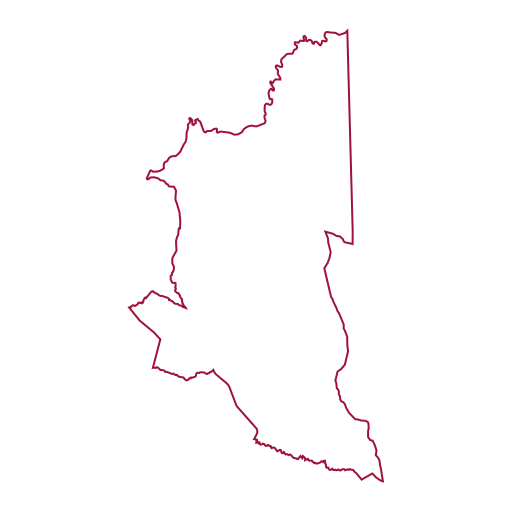 Palpalá, Jujuy, Argentina
{"feature_id": "61730980B21987921647817", "entity_name": "Palpalá", "entity_type": "district", "adm_level": 2, "iso_a3": "ARG", "parent_name": "Argentina", "parent_adm1": "Jujuy", "projection": "natural_earth1", "projection_center": [-65.169, -24.19], "detail": "fine", "context": "isolated", "style": "outline", "palette": "rose", "viewbox_px": 512, "rotation_deg": 0, "n_neighbors": 0, "source": "geoboundaries", "source_scale": "gbopen_adm2", "svg_char_len": 6037}
<svg xmlns="http://www.w3.org/2000/svg" viewBox="0 0 512 512"><path d="M382.9,481.3L380.9,468.6L379.9,464.9L379.8,462.6L379.3,460.2L378.2,457.9L375.8,455.2L376.5,450.6L375.5,447.2L374.1,443.6L372.6,440.7L370.1,440.0L368.1,437.1L368.1,430.6L368.7,428.9L368.5,423.7L367.7,421.9L365.4,420.8L361.1,420.5L357.8,419.4L355.2,419.2L349.0,412.8L346.1,407.7L345.0,404.5L343.5,402.3L341.3,401.3L340.2,399.4L340.1,396.9L338.8,394.0L338.9,391.5L338.4,390.0L336.8,388.2L336.3,383.1L335.4,380.6L337.5,371.7L341.1,369.1L344.9,364.6L348.1,351.0L347.3,345.2L347.2,336.8L345.0,330.9L343.7,328.5L343.7,324.5L339.1,313.3L337.4,310.9L336.6,308.4L333.2,301.3L332.5,299.1L331.0,296.6L324.3,268.3L327.6,263.0L329.4,258.3L330.7,252.3L328.2,242.3L328.0,238.5L325.4,231.7L333.1,233.8L336.4,235.9L339.8,236.4L342.8,239.0L343.8,241.5L345.3,242.4L352.6,244.0L352.7,231.5L347.3,30.7L345.0,33.0L339.6,34.8L338.4,34.6L335.7,32.9L329.4,32.4L328.1,32.0L326.0,32.2L325.2,33.1L324.4,35.3L325.1,37.5L326.7,39.2L326.6,40.9L325.8,41.5L323.2,40.8L322.2,41.0L321.9,42.6L320.8,45.0L320.2,45.4L319.7,45.2L318.3,43.2L316.5,41.7L314.4,41.9L314.0,42.4L314.0,43.6L313.5,43.8L312.5,43.3L311.6,40.9L310.4,40.0L309.0,39.9L307.3,41.2L306.4,41.1L306.0,37.7L305.2,36.4L304.5,35.9L303.7,36.3L303.4,37.6L304.2,40.1L303.9,40.9L302.5,41.0L300.7,40.5L299.9,40.9L298.4,42.7L295.3,42.2L294.8,42.4L294.8,44.2L296.9,46.0L297.2,47.6L296.1,49.1L294.0,50.0L293.0,52.6L292.3,53.7L287.9,53.8L286.8,54.2L281.5,59.2L281.0,61.6L282.3,65.3L282.0,66.8L280.2,66.9L277.3,65.4L275.9,65.8L275.8,67.1L276.8,69.1L277.4,69.5L278.0,70.5L277.8,74.1L280.0,77.3L280.4,78.5L280.4,79.5L275.5,79.4L274.1,80.6L272.6,83.2L271.8,82.9L270.8,81.5L270.3,81.8L270.3,83.0L273.8,88.3L274.0,89.2L274.0,90.1L273.5,90.6L272.5,90.2L271.5,88.8L270.5,89.1L269.4,90.3L268.6,92.6L268.7,94.7L269.4,97.9L270.1,99.2L271.6,99.1L272.2,99.4L272.3,102.3L271.6,103.9L270.7,104.7L269.5,104.8L267.6,103.8L266.5,103.7L265.7,104.1L265.0,105.1L264.6,107.6L264.7,111.6L265.6,113.4L265.7,114.4L265.5,114.9L264.5,115.6L264.6,118.3L265.4,120.3L265.5,121.4L265.1,122.7L264.3,123.4L256.6,126.4L254.4,126.2L251.7,125.6L248.7,126.2L246.1,127.4L243.8,129.2L241.8,132.3L238.1,134.3L235.1,134.7L233.6,134.4L230.2,132.8L222.9,131.8L220.5,131.6L217.5,132.7L216.9,132.1L217.0,129.2L216.3,128.6L214.2,128.9L211.1,130.9L206.7,131.2L205.8,132.3L205.0,132.4L203.6,131.0L200.4,122.1L199.6,121.1L198.3,120.4L197.7,119.0L195.2,120.2L195.1,120.8L195.9,121.8L195.9,122.9L194.5,123.6L194.3,124.5L193.6,125.0L192.6,124.6L192.2,123.9L192.4,121.2L192.1,119.9L190.6,118.3L189.6,118.1L189.2,118.5L189.3,119.1L190.3,120.8L190.3,121.6L187.9,124.8L188.2,127.6L186.6,132.7L186.5,137.7L185.7,141.7L183.8,144.4L180.4,151.5L178.1,154.1L175.7,156.0L171.8,156.3L169.5,157.5L167.0,161.2L164.9,162.2L164.0,163.6L163.7,165.5L163.9,168.2L163.1,169.0L159.9,170.8L157.4,171.5L153.2,171.7L151.0,170.4L150.2,170.7L146.7,178.5L147.4,179.4L148.9,178.9L150.3,177.6L151.8,177.3L154.7,177.4L158.2,178.4L160.4,180.2L163.7,180.8L165.0,182.0L166.0,183.6L167.9,184.5L168.7,186.2L170.2,186.6L174.0,186.7L176.0,190.6L175.4,198.7L175.8,201.1L176.5,202.4L179.4,212.0L180.3,221.0L180.0,228.5L178.8,228.5L178.1,235.0L176.9,237.4L176.0,241.5L176.5,250.6L172.7,257.4L172.3,258.6L172.3,263.2L173.9,266.9L174.0,268.2L173.5,270.9L172.9,271.4L172.8,272.3L172.1,272.8L171.8,273.5L172.1,274.7L170.7,275.9L170.7,279.7L172.5,282.9L175.4,282.9L175.7,285.2L175.2,287.4L175.7,288.0L175.9,289.0L175.1,289.9L175.3,291.4L177.3,293.0L178.5,293.2L178.9,294.3L179.9,295.3L180.1,296.9L182.1,299.4L181.9,300.4L182.0,301.4L182.4,301.8L182.4,303.2L183.0,303.9L184.3,306.6L185.3,307.1L185.8,308.0L182.5,306.8L181.7,305.7L179.0,305.2L178.0,304.1L174.5,303.5L172.4,301.2L171.0,300.8L169.9,299.8L169.0,299.9L168.9,298.7L167.6,297.8L162.3,296.0L160.9,296.0L158.9,295.2L157.8,294.1L154.4,292.6L153.0,291.2L152.2,291.6L151.5,291.5L146.3,297.7L145.9,297.6L145.9,298.1L144.7,297.9L144.6,298.6L143.6,299.7L143.1,302.4L142.2,303.2L141.8,302.4L140.5,303.1L138.8,302.5L138.1,303.2L137.4,304.5L136.5,304.9L135.6,305.8L134.5,305.9L133.5,305.2L132.8,305.3L131.1,306.5L130.7,307.5L130.0,307.2L129.1,307.5L139.8,320.7L154.3,332.7L160.3,339.4L152.9,367.8L154.1,367.5L155.6,368.0L156.7,367.2L157.2,367.3L158.2,367.8L160.6,370.1L162.2,370.0L164.2,370.5L165.3,372.0L166.9,371.8L171.8,373.9L173.5,373.6L175.2,375.0L177.1,374.9L177.9,376.1L179.4,376.8L183.5,377.5L184.3,378.7L186.3,380.4L188.2,379.8L189.3,378.3L190.7,378.4L191.1,377.5L192.3,377.7L195.4,376.5L195.9,375.9L196.2,373.8L197.5,372.7L199.1,373.0L199.9,372.4L201.6,372.2L204.6,372.7L206.7,374.0L207.4,373.9L207.8,373.4L209.3,372.9L209.8,372.2L211.0,372.0L213.3,369.9L214.1,371.9L215.7,374.1L226.7,383.3L228.3,385.1L229.4,387.0L236.1,404.8L237.1,406.6L256.5,428.5L257.3,430.6L257.2,433.2L254.1,439.1L257.0,439.8L257.1,440.5L256.4,441.3L256.7,441.7L256.4,442.7L257.5,442.4L258.4,443.1L258.4,442.3L259.2,442.2L259.7,442.7L259.6,443.7L260.5,444.6L262.5,444.2L263.0,443.6L264.6,444.4L265.3,445.7L266.0,445.9L267.3,445.7L267.9,444.9L268.2,444.9L269.5,446.0L270.5,446.0L271.1,446.6L270.9,447.3L271.5,448.1L273.5,447.5L274.7,447.9L276.4,449.9L276.9,451.1L277.8,451.2L279.4,450.0L280.3,449.9L281.0,450.4L281.4,452.4L282.2,453.2L283.0,453.2L283.8,452.0L285.5,454.4L287.0,454.1L288.6,455.1L289.9,454.5L290.5,454.6L293.7,458.0L296.1,458.3L296.9,458.9L298.1,459.1L298.7,458.0L300.5,456.0L302.3,458.4L302.5,458.1L302.3,456.9L302.9,456.0L305.0,458.0L305.1,460.0L305.8,459.4L307.0,459.7L307.4,458.9L307.8,458.8L309.1,460.6L312.0,460.7L312.4,461.6L313.5,462.2L314.2,463.2L315.4,462.8L316.7,463.7L320.3,462.5L321.6,461.2L323.1,462.1L323.7,460.9L324.8,460.6L325.2,461.4L325.1,463.4L325.9,464.3L326.2,467.3L326.6,467.7L328.2,467.6L329.2,469.5L329.8,469.9L330.6,469.9L332.4,468.7L333.3,470.0L334.6,470.1L335.4,469.7L336.4,470.3L338.5,469.5L339.3,470.3L340.8,470.4L341.3,469.8L343.0,469.1L344.4,469.3L345.2,470.3L347.4,469.3L348.7,469.9L349.9,469.1L350.8,469.6L352.8,469.9L353.5,470.2L354.0,471.3L356.8,473.7L361.6,479.6L372.3,473.5L376.3,477.6L380.7,480.6L382.9,481.3Z" fill="none" stroke="#9f1239" stroke-width="2"/></svg>